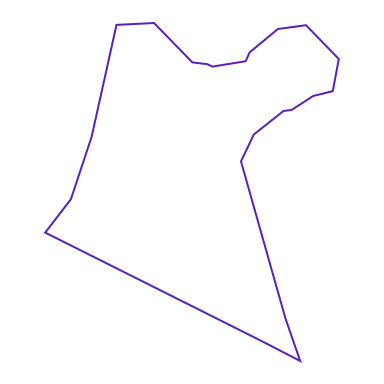 an SVG outline of Ad Dakhliyah
{"feature_id": "OMN-2404", "entity_name": "Ad Dakhliyah", "entity_type": "Region", "adm_level": 1, "iso_a3": "OMN", "parent_name": "Oman", "parent_adm1": "", "projection": "mercator", "projection_center": [57.794, 22.3], "detail": "fine", "context": "isolated", "style": "outline", "palette": "violet", "viewbox_px": 384, "rotation_deg": 0, "n_neighbors": 0, "source": "natural_earth", "source_scale": "10m", "svg_char_len": 400}
<svg xmlns="http://www.w3.org/2000/svg" viewBox="0 0 384 384"><path d="M273.2,275.2L285.6,318.9L300.2,361.0L258.9,339.7L45.2,232.6L70.9,199.2L91.6,136.9L116.5,24.9L154.0,23.0L192.4,62.4L207.4,64.2L212.4,66.6L245.7,61.2L249.6,52.4L277.9,29.0L306.0,25.2L338.8,59.0L332.8,91.1L313.1,96.0L291.5,110.0L283.6,110.9L253.8,134.5L241.0,161.4L273.2,275.2Z" fill="none" stroke="#5b21b6" stroke-width="2"/></svg>